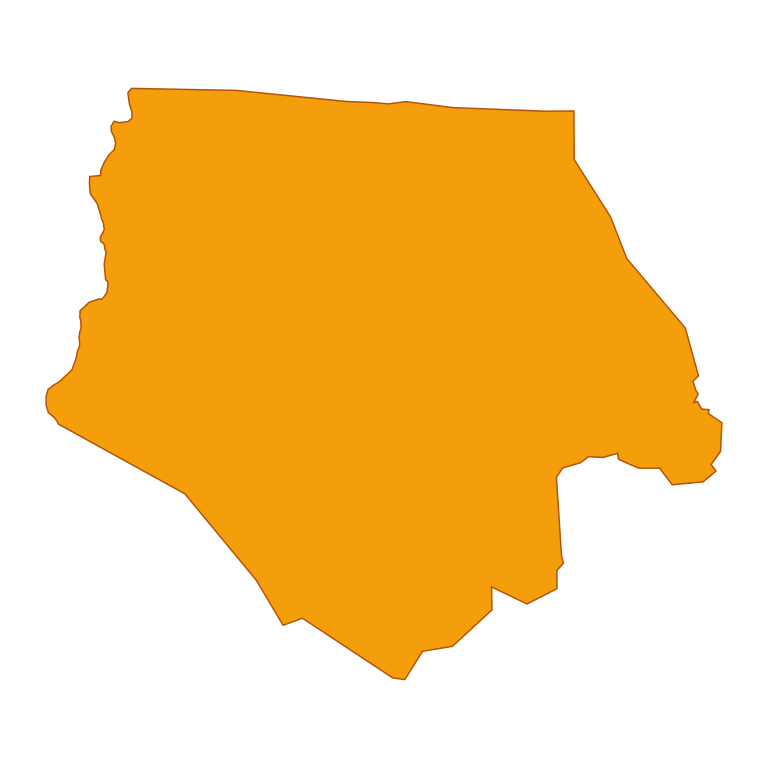 the district of Ashe, North Carolina, United States of America
{"feature_id": "52423323B47317028722188", "entity_name": "Ashe", "entity_type": "district", "adm_level": 2, "iso_a3": "USA", "parent_name": "United States of America", "parent_adm1": "North Carolina", "projection": "albers", "projection_center": [-81.548, 36.414], "detail": "fine", "context": "isolated", "style": "filled", "palette": "amber", "viewbox_px": 768, "rotation_deg": 0, "n_neighbors": 0, "source": "geoboundaries", "source_scale": "gbopen_adm2", "svg_char_len": 1530}
<svg xmlns="http://www.w3.org/2000/svg" viewBox="0 0 768 768"><path d="M711.4,464.2L720.5,451.4L721.9,422.8L708.5,413.6L709.0,409.6L701.7,409.1L697.4,401.4L693.8,402.5L698.2,394.0L695.8,390.2L693.0,381.7L693.7,380.3L698.5,375.9L685.3,328.0L626.8,258.6L610.4,216.6L574.2,159.7L573.9,111.0L544.5,111.2L452.5,107.6L405.9,101.6L388.2,103.9L373.9,102.6L345.0,101.4L236.0,90.4L131.5,88.4L127.9,92.8L129.4,104.0L131.8,111.7L132.1,118.0L128.1,121.5L119.3,122.7L114.1,121.3L111.0,126.4L111.4,131.6L114.2,136.8L115.6,143.1L114.3,149.5L109.1,154.7L104.0,162.7L100.7,170.6L100.7,175.5L89.8,176.5L89.4,183.5L90.3,193.7L97.2,203.6L99.9,212.3L100.5,214.0L101.1,216.2L101.4,218.5L103.7,223.7L103.6,225.3L104.3,229.8L103.4,231.2L100.7,236.6L100.2,237.3L100.7,241.5L102.9,242.8L104.3,244.7L104.9,249.3L106.1,252.4L104.2,264.0L105.6,279.7L107.6,281.5L108.0,283.5L106.9,292.6L103.2,298.0L101.5,299.3L99.0,298.9L89.2,302.3L80.1,310.7L79.8,317.3L80.9,321.4L81.0,328.0L79.6,332.6L79.1,337.8L79.6,342.4L79.6,345.9L77.3,351.7L75.9,359.1L72.0,369.7L59.4,381.7L53.4,385.3L48.0,389.6L46.1,396.6L46.1,405.2L48.4,412.7L53.9,417.2L57.2,421.4L58.6,424.2L184.8,493.8L256.2,580.1L283.1,625.3L302.4,618.2L392.7,677.9L404.8,679.6L422.5,651.3L452.4,646.3L492.0,609.9L491.6,586.9L526.9,604.0L557.0,588.6L556.9,570.5L563.5,563.2L561.5,555.3L556.4,477.4L562.7,467.9L580.3,462.8L588.5,456.7L602.9,457.5L617.5,453.3L618.5,459.3L638.7,468.2L659.6,468.2L672.2,484.8L703.2,481.8L716.0,471.0L711.1,464.6L711.4,464.2Z" fill="#f59e0b" stroke="#b45309" stroke-width="1.5"/></svg>